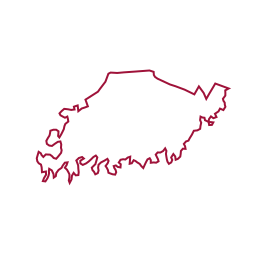 the district of Romelândia, Santa Catarina, Brazil, rotated 41°
{"feature_id": "56859067B71517349655646", "entity_name": "Romelândia", "entity_type": "district", "adm_level": 2, "iso_a3": "BRA", "parent_name": "Brazil", "parent_adm1": "Santa Catarina", "projection": "equal_earth", "projection_center": [-53.313, -26.655], "detail": "fine", "context": "isolated", "style": "outline", "palette": "rose", "viewbox_px": 256, "rotation_deg": 41, "n_neighbors": 0, "source": "geoboundaries", "source_scale": "gbopen_adm2", "svg_char_len": 3099}
<svg xmlns="http://www.w3.org/2000/svg" viewBox="0 0 256 256"><g transform="rotate(41 128 128)"><path d="M78.5,97.6L77.6,99.9L80.6,107.9L81.2,117.3L81.5,120.3L77.3,134.5L83.5,138.0L82.0,140.8L80.3,143.6L79.5,147.9L75.2,144.0L73.2,147.4L75.5,149.1L73.3,151.6L70.5,153.2L67.3,155.4L66.8,158.9L66.7,161.9L68.7,162.7L71.6,162.1L73.7,161.6L74.7,159.2L76.6,160.5L78.7,162.3L78.0,166.0L78.8,168.3L80.3,171.0L81.2,174.4L81.8,176.8L82.4,180.2L80.5,179.9L79.2,178.0L77.7,176.1L75.0,176.4L72.8,178.3L71.2,181.0L72.6,183.1L73.7,185.2L74.1,188.0L74.8,191.3L77.2,193.2L80.1,192.9L82.4,191.4L83.1,188.1L84.1,184.5L85.8,182.5L88.4,184.2L90.4,186.9L92.5,188.3L93.8,190.6L94.0,195.2L94.0,198.3L91.6,199.4L89.2,199.1L86.6,199.3L83.3,201.9L83.1,205.4L80.5,205.1L78.8,204.3L76.2,204.6L77.6,207.7L79.0,210.7L81.4,212.6L83.8,213.2L86.3,212.7L88.6,214.3L92.1,217.8L94.6,214.7L96.8,217.0L97.5,221.0L98.6,223.9L100.7,222.5L100.2,218.9L99.3,216.1L98.1,213.9L96.5,212.4L95.3,210.5L98.3,210.0L102.1,211.7L104.5,214.1L105.1,211.7L103.4,209.0L103.1,205.2L104.0,201.7L103.4,199.2L103.1,195.6L104.9,193.6L106.0,196.3L106.4,199.4L109.3,199.5L112.1,200.5L114.2,201.4L116.1,203.6L117.8,206.5L120.0,207.7L119.1,203.9L117.0,200.8L116.4,197.5L119.6,198.0L121.4,196.1L119.8,193.7L117.3,191.4L114.9,188.9L112.4,187.5L110.3,186.4L110.6,182.9L112.4,180.0L114.7,180.0L113.5,184.0L115.3,186.0L118.1,185.5L119.6,182.2L120.3,179.1L120.7,175.8L120.9,172.7L121.8,169.9L124.1,170.3L125.6,173.4L127.1,176.7L126.7,181.7L128.9,183.1L131.0,183.3L133.7,184.4L134.8,181.9L133.7,179.4L131.4,177.5L129.9,175.0L130.2,171.7L131.6,168.2L132.7,164.8L134.9,165.6L135.8,168.0L136.0,171.4L138.2,172.0L140.6,173.0L142.6,174.6L144.8,173.8L146.8,173.0L148.9,171.6L148.1,169.1L146.2,167.8L144.0,167.2L142.2,166.1L143.4,164.2L145.8,164.1L148.2,162.7L146.3,160.1L143.7,160.1L143.2,156.9L144.8,154.8L146.7,153.5L147.2,150.5L148.5,148.2L150.5,150.9L152.7,153.9L154.0,152.1L153.4,148.6L155.3,148.0L157.5,147.9L160.4,147.4L162.9,148.0L165.8,148.2L164.7,144.5L164.0,142.0L163.3,138.9L164.2,136.6L166.3,137.3L168.0,139.3L169.9,137.2L172.0,135.7L172.9,133.1L171.1,131.9L169.2,131.1L166.4,129.9L166.4,127.0L168.5,125.3L169.6,122.4L169.4,119.0L172.0,120.1L173.6,122.6L175.7,124.4L177.8,126.1L179.9,127.5L182.4,128.2L183.2,125.6L182.4,123.1L179.9,121.9L179.3,117.9L182.3,118.5L184.8,120.7L185.9,118.6L186.2,115.3L184.7,112.9L183.0,110.6L183.0,107.6L185.1,106.0L183.0,104.3L180.6,103.4L180.6,100.1L181.9,97.9L181.3,95.4L180.6,91.1L179.5,86.9L181.9,84.3L183.0,81.3L181.3,78.8L179.8,76.0L177.2,74.7L175.3,71.8L177.2,71.3L179.0,70.1L181.0,71.6L183.0,71.0L184.9,70.6L183.3,68.2L183.0,64.8L186.0,64.6L187.6,61.7L184.3,60.2L185.4,56.1L184.7,53.0L188.2,51.9L187.6,48.1L185.8,46.9L184.3,45.4L182.3,44.9L180.5,43.7L180.2,39.7L178.6,37.8L176.7,35.8L178.1,32.1L164.7,37.2L165.4,40.9L166.9,49.2L168.0,54.7L162.1,51.9L154.2,50.1L156.0,59.1L145.6,61.9L136.5,65.3L131.1,67.6L117.9,71.4L114.8,71.7L112.7,71.0L110.5,68.8L106.5,70.5L96.0,81.1L88.3,88.8L83.8,93.5L78.5,97.6ZM184.9,70.6L187.3,72.5L189.3,70.6L188.7,67.8L186.8,69.1L184.9,70.6Z" fill="none" stroke="#9f1239" stroke-width="2"/></g></svg>